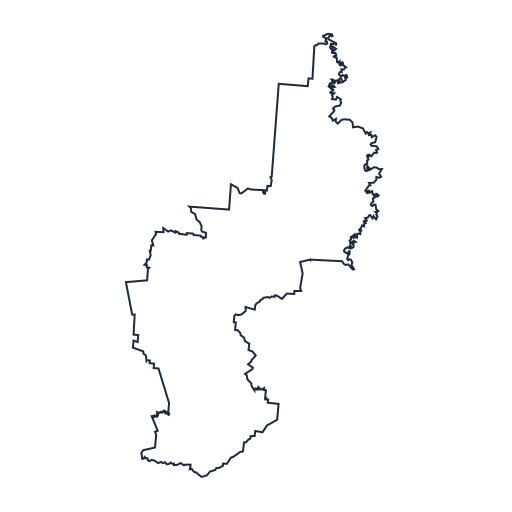 Indigo, Victoria, Australia, rotated 86°
{"feature_id": "25037944B29539471298626", "entity_name": "Indigo", "entity_type": "district", "adm_level": 2, "iso_a3": "AUS", "parent_name": "Australia", "parent_adm1": "Victoria", "projection": "orthographic", "projection_center": [146.626, -36.209], "detail": "fine", "context": "isolated", "style": "outline", "palette": "slate", "viewbox_px": 512, "rotation_deg": 86, "n_neighbors": 0, "source": "geoboundaries", "source_scale": "gbopen_adm2", "svg_char_len": 6070}
<svg xmlns="http://www.w3.org/2000/svg" viewBox="0 0 512 512"><g transform="rotate(86 256 256)"><path d="M40.2,164.7L39.4,168.7L41.1,173.7L42.1,173.7L43.7,170.7L46.6,171.7L47.1,170.3L49.1,170.1L49.7,171.8L48.9,172.6L48.4,178.9L50.1,180.6L49.8,181.8L50.8,183.2L83.1,187.3L82.5,191.2L90.2,192.6L85.8,221.3L178.0,234.8L178.4,236.1L181.4,235.0L187.3,236.5L186.8,239.7L191.4,240.5L191.1,242.1L194.5,242.6L194.3,243.8L192.8,244.5L190.8,244.1L189.4,255.9L188.1,259.4L192.6,266.3L192.1,267.9L186.8,269.7L182.7,276.0L207.8,279.6L202.1,319.0L203.5,317.7L207.4,317.5L210.1,313.8L215.6,312.7L218.1,309.9L222.6,308.2L226.3,308.8L227.9,308.2L229.3,304.3L233.9,304.7L234.8,307.2L233.6,307.0L233.3,309.1L231.8,309.8L230.7,316.8L229.3,317.1L228.3,323.4L230.0,323.7L228.5,331.2L227.2,331.5L225.6,334.4L227.1,334.7L224.5,339.1L225.5,341.9L221.7,346.6L225.8,346.6L224.9,354.5L227.0,354.1L233.1,358.8L238.3,357.7L238.0,359.6L243.4,360.7L243.3,361.6L247.9,361.0L252.2,363.1L251.8,365.1L255.1,365.6L257.0,367.8L257.5,365.5L259.6,365.8L260.2,363.4L261.5,364.7L272.7,366.3L273.0,387.6L305.8,383.6L305.9,381.1L325.9,383.6L326.7,379.0L333.6,380.1L331.8,384.0L338.8,385.2L343.3,375.1L345.5,375.1L347.6,372.8L352.9,372.5L352.3,372.1L352.9,369.1L355.5,369.6L356.2,365.2L360.7,365.9L361.4,361.1L396.5,353.0L405.2,354.3L407.7,353.7L408.4,354.2L407.5,355.3L407.2,354.0L405.5,355.7L405.8,356.6L405.0,357.0L406.0,357.7L404.5,358.2L405.0,359.2L404.2,359.2L405.8,361.2L404.8,362.1L405.7,363.4L404.8,365.5L407.3,364.7L408.2,365.1L407.6,365.9L409.1,365.9L408.7,366.9L409.3,366.7L409.3,367.5L408.4,368.2L409.4,369.1L408.2,369.4L408.5,371.2L423.5,366.3L424.3,369.0L427.3,368.0L440.0,370.1L441.9,382.2L444.6,384.1L450.4,383.7L450.3,382.3L448.7,381.1L450.2,380.2L450.1,378.4L452.4,377.9L453.2,376.6L452.1,374.4L453.0,371.6L455.8,368.0L454.8,365.1L456.2,363.3L455.4,361.1L457.6,359.6L457.4,357.4L456.1,355.4L457.6,353.8L457.3,352.5L459.0,352.4L458.8,349.0L457.3,345.7L459.8,342.4L459.2,341.3L459.6,335.8L464.2,336.9L463.7,335.1L466.9,333.1L467.6,331.1L472.6,325.7L471.4,320.3L467.9,317.0L466.6,311.6L464.8,310.4L464.8,307.6L463.1,303.7L460.7,303.3L461.3,299.6L455.2,294.9L455.0,293.1L450.4,285.5L450.1,282.7L441.1,280.9L441.1,278.9L438.6,276.4L437.8,274.4L435.3,274.0L435.5,269.9L430.5,269.0L432.3,261.8L425.9,257.0L420.8,246.3L405.1,243.8L403.2,254.5L400.1,253.9L399.7,256.6L398.5,255.8L398.3,256.8L390.6,255.5L390.3,257.4L388.3,257.1L389.6,259.8L389.3,261.4L388.6,261.2L388.8,262.4L387.7,262.6L388.7,263.2L387.6,263.5L389.1,264.9L388.1,265.9L388.5,266.8L389.9,266.9L385.2,269.6L383.0,269.5L378.3,273.2L374.5,273.5L372.8,275.1L368.6,267.5L367.1,266.9L363.5,271.5L360.9,268.0L359.7,267.8L355.2,263.2L351.1,266.1L349.3,270.0L343.1,268.8L340.1,273.0L336.5,273.7L334.0,276.8L331.6,277.1L328.8,279.4L328.4,282.0L320.8,280.8L320.5,282.8L314.0,281.7L312.8,280.1L313.7,278.1L313.4,274.6L310.1,270.1L306.2,270.0L309.4,261.0L305.5,260.3L303.3,258.8L301.7,255.4L300.2,254.7L299.6,252.7L298.2,251.5L297.8,247.0L298.7,245.6L297.5,243.2L297.9,240.2L296.6,240.0L297.0,237.8L300.6,233.2L295.6,227.8L296.6,220.5L293.6,220.1L294.0,213.4L291.1,214.2L276.6,210.7L265.1,212.4L263.3,202.2L264.1,201.9L263.5,201.3L267.2,170.5L269.8,169.1L271.2,167.2L270.8,164.7L276.3,160.3L276.0,159.1L271.6,161.4L269.2,160.3L266.1,161.8L265.8,163.3L266.6,164.3L265.3,165.3L261.7,164.0L260.8,162.7L257.9,162.3L257.9,163.2L260.2,164.4L257.9,167.7L256.3,167.7L254.8,166.6L253.8,164.4L254.9,161.8L253.0,162.1L251.8,161.4L254.7,159.8L253.9,158.1L251.4,157.9L250.1,159.9L248.9,155.7L247.7,157.4L249.7,161.0L247.3,161.6L246.1,160.0L243.6,160.1L243.3,159.3L244.5,157.7L242.4,157.7L241.2,156.0L244.4,155.6L244.7,153.9L241.1,153.6L240.8,152.1L241.4,150.4L238.8,150.3L237.7,148.5L237.9,150.9L237.0,151.3L235.3,149.2L233.0,148.2L233.9,146.1L231.8,146.3L230.9,144.4L229.0,146.1L228.5,145.4L229.3,144.0L228.3,143.0L225.9,144.5L225.4,141.6L223.4,140.4L223.1,139.2L226.7,137.1L224.4,135.9L227.8,133.7L225.1,132.1L223.0,133.1L221.3,132.3L220.3,133.7L219.6,131.0L217.8,132.8L213.1,133.2L212.9,134.5L214.3,136.6L213.0,137.9L211.4,137.2L209.8,135.1L206.7,135.4L205.8,133.3L203.8,134.2L203.9,132.0L205.3,130.9L204.1,129.4L202.4,131.2L203.1,133.5L202.4,135.3L199.4,135.7L200.7,137.9L198.7,138.7L198.8,139.8L200.8,139.7L201.1,140.7L198.4,142.4L193.5,138.3L193.4,137.0L191.0,138.1L191.1,133.6L188.4,130.6L185.6,130.4L186.6,127.5L185.7,125.7L182.4,127.5L178.1,124.4L177.9,127.4L176.3,129.3L175.7,132.3L177.6,135.5L174.1,138.7L176.4,139.1L178.2,137.5L179.0,140.2L177.7,141.5L174.2,141.8L172.4,141.1L171.9,138.6L168.6,138.5L167.6,137.1L165.9,137.8L164.5,136.4L164.2,138.1L163.2,137.9L162.8,135.9L164.6,134.0L161.2,130.9L161.7,129.0L161.1,128.0L158.7,128.8L157.8,126.5L155.0,128.0L154.0,133.1L152.8,133.9L151.5,132.9L150.8,129.2L145.8,127.4L143.9,128.6L145.5,132.2L143.0,132.5L143.4,134.9L142.5,135.2L140.8,133.7L141.3,135.5L140.1,136.8L141.5,138.0L136.1,140.5L134.0,145.4L134.4,150.2L129.5,150.4L126.6,153.1L125.8,158.6L126.2,161.2L129.6,165.2L127.4,167.3L124.8,166.6L126.2,170.0L123.5,170.9L121.8,173.2L116.8,167.8L115.4,167.7L114.4,168.9L113.5,168.3L112.3,166.3L111.8,161.8L108.9,160.4L106.8,161.0L105.7,160.4L103.0,164.1L105.6,165.4L104.7,169.2L102.4,168.3L101.0,168.9L99.1,166.7L98.8,170.0L97.9,170.5L96.1,167.2L95.0,167.7L94.4,169.3L93.1,168.7L92.8,165.8L91.1,167.4L91.0,170.0L93.3,170.1L92.0,171.7L88.9,170.2L88.7,167.0L85.2,168.4L85.6,166.4L88.7,165.5L86.6,164.2L86.5,162.6L89.4,162.1L88.8,159.5L86.2,161.1L84.8,160.3L84.9,158.6L88.6,157.2L86.5,154.1L83.3,154.9L83.2,153.7L85.1,152.4L81.7,153.1L82.4,155.6L81.4,157.0L83.0,158.4L80.8,160.6L78.6,159.8L78.4,157.6L75.8,157.9L76.1,155.3L74.6,154.4L74.1,153.0L72.4,154.7L71.6,156.9L70.1,155.7L68.8,156.3L69.2,157.7L71.5,158.8L70.6,159.5L67.5,159.0L68.6,161.0L68.2,161.7L64.4,161.5L62.6,164.5L61.8,163.8L61.8,161.9L58.9,162.6L58.9,165.4L58.3,166.1L56.1,165.6L54.2,166.9L54.4,165.3L56.7,164.2L54.9,161.7L52.1,165.1L52.1,167.2L49.6,166.4L49.9,164.1L49.1,162.5L49.8,161.6L51.6,161.7L50.2,161.1L49.3,161.4L44.8,168.6L43.5,168.8L40.7,166.7L42.2,165.3L41.8,164.3L40.2,164.7Z" fill="none" stroke="#1e293b" stroke-width="2"/></g></svg>